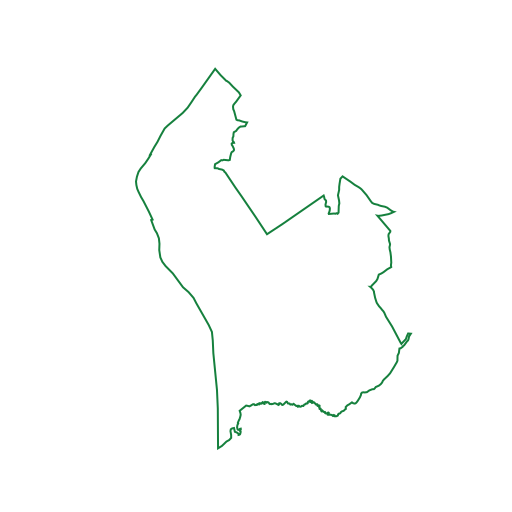 outline of Soplaviento, Bolívar, Colombia, rotated 326°
{"feature_id": "7082276B6546865194855", "entity_name": "Soplaviento", "entity_type": "district", "adm_level": 2, "iso_a3": "COL", "parent_name": "Colombia", "parent_adm1": "Bolívar", "projection": "orthographic", "projection_center": [-75.12, 10.341], "detail": "fine", "context": "isolated", "style": "outline", "palette": "green", "viewbox_px": 512, "rotation_deg": 326, "n_neighbors": 0, "source": "geoboundaries", "source_scale": "gbopen_adm2", "svg_char_len": 6117}
<svg xmlns="http://www.w3.org/2000/svg" viewBox="0 0 512 512"><g transform="rotate(326 256 256)"><path d="M232.8,108.7L224.8,112.8L225.3,113.2L221.1,115.1L216.1,117.1L209.4,119.0L205.6,120.6L201.6,123.7L198.2,127.1L196.5,130.3L195.1,133.9L194.5,137.1L193.7,142.8L193.4,147.6L192.0,159.2L190.6,168.0L189.2,167.6L186.8,177.4L186.6,181.7L185.4,187.0L182.8,191.9L179.1,197.0L175.9,203.7L175.1,208.5L175.4,213.7L177.3,223.9L178.0,241.1L179.9,248.2L180.8,255.8L180.1,261.8L178.2,286.8L177.0,294.3L172.9,301.9L166.3,312.7L148.7,345.3L139.1,361.0L117.0,394.2L121.5,394.4L127.8,393.3L130.8,393.6L133.7,392.9L135.3,390.5L136.9,386.9L138.2,385.6L139.8,385.6L141.6,386.3L140.2,389.9L141.4,391.6L142.1,393.6L141.5,394.6L142.0,394.8L142.2,394.7L143.0,394.9L143.6,394.5L145.0,393.2L145.1,392.7L144.9,392.3L145.1,392.0L146.5,391.2L146.8,390.6L146.0,390.3L144.6,390.7L144.3,390.1L143.9,389.9L143.8,389.4L144.5,387.5L145.6,386.2L146.3,385.6L147.6,384.9L147.6,384.2L150.3,382.4L150.8,382.3L152.9,380.6L154.5,379.1L155.3,377.4L155.9,375.2L164.2,374.5L165.4,375.7L166.5,377.0L167.0,377.1L167.6,377.0L168.1,377.2L168.9,377.1L169.9,377.2L170.5,377.2L171.3,377.6L171.6,378.0L171.5,378.5L171.7,379.0L172.9,379.7L173.2,379.5L173.9,379.6L174.2,379.6L174.3,380.1L175.3,380.0L175.5,380.1L175.7,380.8L175.9,380.8L176.3,380.8L176.1,380.0L176.1,379.9L176.3,379.9L176.9,380.1L177.7,381.3L178.3,381.1L178.8,381.4L179.1,381.4L179.3,381.0L179.8,380.9L179.9,381.1L179.7,381.8L180.4,381.8L180.5,382.0L180.0,382.7L180.1,383.3L180.3,383.4L180.6,382.8L181.2,382.6L181.8,382.0L182.0,382.0L182.3,382.5L182.5,383.4L182.9,383.5L183.2,383.1L183.4,383.2L184.1,383.8L184.5,384.6L184.5,386.1L184.7,386.5L185.1,386.8L185.8,387.0L186.1,387.6L187.4,388.1L188.9,388.4L189.3,388.6L190.0,389.5L190.5,390.5L190.9,390.8L191.2,391.2L191.2,392.0L191.6,392.1L192.1,391.9L192.8,391.1L193.6,391.4L194.2,392.6L194.3,393.8L194.5,394.2L194.9,394.4L195.9,394.4L199.5,393.7L199.9,393.8L200.2,394.4L200.0,396.0L200.1,396.3L200.9,396.7L201.3,397.1L201.3,398.2L201.4,398.4L202.4,398.7L202.9,399.6L203.3,399.7L204.4,399.5L204.6,399.8L204.7,400.5L205.0,401.2L205.4,402.6L205.6,402.9L206.2,403.1L206.4,404.4L206.7,404.5L206.7,403.8L207.0,403.7L207.5,403.9L207.8,404.2L208.2,405.5L208.4,405.7L209.2,406.0L210.3,405.9L210.7,406.1L211.2,406.7L211.4,406.8L212.9,406.2L213.2,406.2L214.1,406.6L214.6,406.3L215.2,406.3L216.1,407.0L216.3,407.0L216.8,406.8L217.2,406.2L217.8,405.9L218.6,406.1L219.8,405.9L220.1,406.0L220.4,406.3L220.4,406.6L219.8,407.0L219.2,407.1L219.3,407.4L219.6,407.6L221.1,407.3L221.3,407.4L221.4,408.0L220.6,408.9L220.4,409.2L221.1,409.5L222.0,409.4L222.2,409.6L222.4,410.1L222.4,410.8L222.7,411.6L222.5,412.4L223.0,412.8L223.7,413.0L223.9,413.2L223.9,413.5L223.2,414.3L223.3,414.8L223.9,415.1L224.7,415.1L225.0,415.6L224.6,416.2L224.0,416.4L223.8,416.6L224.0,417.3L223.2,418.1L223.2,418.4L223.4,418.7L224.1,419.0L223.5,420.7L223.5,421.5L223.8,421.7L224.2,421.3L224.6,421.2L225.0,423.2L225.9,423.8L226.0,424.1L225.5,425.0L225.9,425.6L226.6,426.0L228.1,426.1L228.5,426.3L228.6,426.9L228.4,427.1L226.8,427.3L226.7,427.5L226.9,427.9L229.2,429.3L229.4,429.8L230.0,430.2L230.2,430.6L230.2,431.4L230.4,431.8L230.7,431.9L231.0,431.8L231.4,431.3L231.6,431.3L232.0,432.0L231.6,432.5L231.7,433.0L233.3,433.9L234.7,434.0L235.5,433.2L236.5,433.0L237.1,433.4L238.1,433.4L239.2,432.9L240.4,432.9L241.8,433.3L242.8,433.3L243.8,433.0L245.0,433.0L245.9,431.4L248.2,430.9L250.3,431.1L253.7,431.0L254.1,432.2L255.1,433.4L256.0,433.8L257.2,433.7L259.3,433.0L263.1,431.3L265.3,429.9L266.2,428.9L267.3,428.5L268.6,428.9L269.8,429.9L271.8,430.9L274.8,430.8L277.9,431.5L279.3,432.3L280.2,432.2L282.0,431.6L285.4,432.2L287.8,432.0L289.8,431.4L291.4,430.4L293.2,429.9L298.1,429.1L301.6,428.2L308.1,425.3L313.3,422.8L314.7,421.9L317.6,417.8L320.3,416.2L323.2,412.9L324.4,413.4L325.5,413.3L326.5,413.4L327.5,412.9L328.8,412.9L333.5,411.2L334.8,411.0L336.1,410.1L337.9,408.3L340.9,407.0L338.8,405.3L336.0,407.0L333.8,408.7L327.9,410.0L327.4,410.2L327.4,408.8L329.4,390.5L329.8,379.1L330.6,374.9L330.7,373.1L330.4,371.1L330.3,369.2L329.9,366.4L329.9,362.6L330.2,361.2L331.4,357.2L333.4,352.3L333.9,351.5L334.2,349.4L333.8,346.6L333.5,345.5L333.9,345.8L335.8,345.2L341.6,344.0L343.8,343.0L347.4,340.1L350.2,340.6L352.7,340.7L357.4,340.4L361.9,340.8L362.7,339.1L364.4,337.2L367.6,331.9L369.5,328.1L370.5,325.4L371.6,323.3L372.9,322.1L373.8,321.1L374.9,317.5L375.9,315.8L377.0,313.4L378.1,312.1L380.9,311.0L381.4,310.3L379.2,290.5L379.8,291.1L382.6,292.6L389.3,295.4L391.8,296.0L395.0,296.5L394.3,295.7L393.2,293.3L391.8,289.3L390.4,287.2L387.7,284.5L386.5,283.0L385.7,281.7L383.1,278.9L382.0,277.0L381.8,274.8L381.7,267.3L380.8,259.9L380.4,258.4L379.6,256.3L377.6,252.2L376.0,247.6L372.3,238.4L369.2,239.1L365.8,242.7L363.6,245.2L361.9,247.7L357.9,251.5L355.9,256.4L354.5,259.0L352.6,260.8L351.0,263.0L348.7,266.2L347.3,266.6L347.0,265.8L346.5,265.5L345.7,265.5L344.4,264.4L339.9,261.9L340.0,261.4L342.0,260.0L342.8,259.2L343.7,258.1L344.1,257.2L344.2,256.6L344.0,256.1L343.3,255.3L341.7,254.2L341.6,253.6L342.4,252.2L344.3,250.5L345.0,249.3L345.0,248.6L344.7,247.6L344.7,247.2L345.1,246.0L345.4,245.5L345.9,243.7L296.3,244.3L277.3,244.1L277.5,223.7L277.4,198.6L277.2,187.5L277.3,169.7L276.9,168.4L277.1,167.1L276.2,165.4L273.9,163.1L273.3,161.9L270.9,160.1L271.0,159.8L271.7,158.8L273.4,157.0L277.2,157.3L280.8,157.1L281.6,157.9L283.0,158.2L286.7,161.3L288.0,161.7L290.0,159.5L292.9,156.9L294.0,156.3L295.4,156.4L296.3,156.2L297.1,155.8L297.7,154.4L298.1,151.8L298.1,150.3L298.7,149.2L299.7,149.1L301.1,149.9L301.3,149.2L301.0,148.3L301.3,146.9L302.7,145.0L304.1,144.2L305.6,142.2L306.8,141.0L309.5,141.2L311.3,140.5L313.4,140.0L315.2,140.0L315.8,140.1L316.1,140.4L319.6,142.3L323.3,140.3L322.1,139.3L319.8,136.8L317.9,134.2L317.0,133.5L316.5,133.0L316.0,132.0L318.9,123.6L319.2,121.7L320.4,119.4L321.5,118.3L323.1,117.7L326.0,116.9L333.1,114.3L333.3,110.8L331.5,102.5L330.7,97.3L329.7,94.6L329.3,94.2L327.8,86.5L326.8,78.0L305.0,86.2L296.7,89.2L294.6,89.8L288.4,92.4L282.3,94.8L275.3,96.4L255.8,98.5L251.6,99.2L244.2,102.9L238.1,106.3L232.8,108.7Z" fill="none" stroke="#15803d" stroke-width="2"/></g></svg>